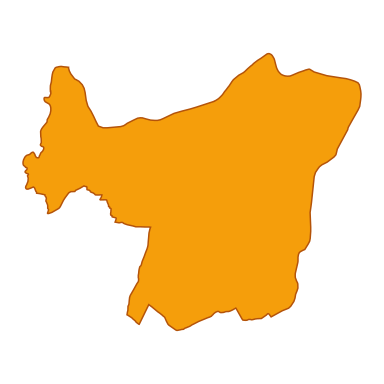 Flandes, Tolima, Colombia (Albers equal-area conic projection)
{"feature_id": "7082276B85738842293141", "entity_name": "Flandes", "entity_type": "district", "adm_level": 2, "iso_a3": "COL", "parent_name": "Colombia", "parent_adm1": "Tolima", "projection": "albers", "projection_center": [-74.854, 4.24], "detail": "fine", "context": "isolated", "style": "filled", "palette": "amber", "viewbox_px": 384, "rotation_deg": 0, "n_neighbors": 0, "source": "geoboundaries", "source_scale": "gbopen_adm2", "svg_char_len": 5798}
<svg xmlns="http://www.w3.org/2000/svg" viewBox="0 0 384 384"><path d="M308.7,69.2L305.3,70.1L304.2,70.6L298.8,72.4L292.5,75.1L290.2,76.0L287.7,76.2L285.6,76.0L284.3,75.7L282.9,75.2L281.2,74.4L280.1,73.4L278.6,71.7L278.0,70.8L277.1,69.0L276.5,67.6L275.5,63.9L274.5,59.9L274.0,58.5L272.5,56.0L271.8,55.1L271.1,54.5L270.3,54.1L269.5,53.7L269.0,53.6L268.7,53.6L267.9,53.7L267.1,53.9L261.1,58.2L257.6,60.4L253.7,63.4L251.9,65.2L250.9,65.9L247.7,68.7L244.7,71.6L243.3,72.7L238.8,75.2L234.2,79.0L233.3,79.8L231.8,81.8L229.2,85.8L228.3,86.9L226.2,89.7L224.6,91.6L223.4,93.4L222.4,94.8L220.5,96.8L218.6,98.6L216.8,99.8L215.5,100.6L214.3,101.1L214.3,101.3L196.5,107.1L190.2,109.0L182.0,111.1L174.0,113.4L162.9,118.7L160.3,119.8L157.4,120.4L154.7,120.4L150.6,120.1L145.9,118.9L142.5,117.9L140.3,117.8L137.6,118.2L133.6,120.1L127.2,123.3L125.6,124.5L123.7,125.7L120.7,126.6L107.3,127.8L103.1,127.8L98.4,126.1L96.1,121.7L93.5,116.1L91.0,111.2L87.9,106.3L86.2,100.4L85.1,92.5L84.1,88.3L82.3,84.8L79.0,81.3L76.0,79.6L74.7,79.0L73.0,76.8L70.8,73.9L69.3,70.9L68.5,67.9L68.6,67.3L66.3,67.0L64.5,66.9L61.1,66.4L58.7,66.7L57.6,67.0L56.2,67.3L55.1,68.0L54.9,68.4L52.9,72.0L52.3,74.4L51.8,77.7L51.4,81.5L51.2,82.3L51.3,82.4L50.8,84.0L50.4,85.7L50.3,88.9L50.4,91.3L50.7,91.2L50.8,92.6L50.8,93.6L50.4,94.7L49.8,96.1L49.3,96.9L48.9,97.3L48.5,97.5L47.4,97.6L45.5,97.5L44.7,97.5L44.3,97.8L44.1,98.1L44.1,99.2L44.3,100.2L44.5,100.7L45.3,101.8L49.0,103.9L49.9,105.0L50.4,106.1L50.8,108.0L50.8,110.7L50.2,113.7L48.7,117.1L47.3,119.5L47.2,119.9L47.1,121.4L47.0,121.8L46.7,122.5L43.0,126.9L41.8,128.6L41.1,129.9L40.7,131.1L40.6,131.6L40.8,136.6L41.1,138.2L41.2,139.2L41.3,142.4L41.1,143.0L40.4,144.7L40.4,145.0L40.6,145.3L41.1,145.9L41.6,146.3L42.8,146.6L43.5,147.2L43.7,147.5L43.7,149.0L43.0,150.5L42.4,151.4L40.9,152.8L40.5,153.5L40.2,154.4L40.0,154.9L39.5,155.6L39.1,157.0L38.8,157.5L38.4,157.8L37.4,157.8L36.5,157.5L36.1,157.1L35.2,155.6L34.9,154.5L34.2,153.3L33.5,152.5L33.2,152.2L32.7,152.2L32.1,152.4L30.9,153.2L29.7,154.4L26.8,155.3L26.1,155.8L25.4,156.5L24.7,157.4L24.3,158.3L23.6,159.7L23.1,161.6L23.0,162.9L23.1,164.0L23.3,164.8L23.6,165.4L25.2,166.7L25.6,167.2L25.6,167.4L26.4,167.5L26.7,167.7L27.1,168.1L27.1,168.6L26.9,169.6L26.3,170.1L25.2,171.3L25.1,172.1L26.2,173.2L28.2,173.9L28.4,174.6L27.5,175.8L27.7,176.6L28.2,177.9L28.0,181.3L26.6,184.9L25.8,186.3L25.6,187.6L26.0,188.6L26.8,189.1L28.1,189.1L31.3,187.9L32.8,187.2L33.4,187.0L34.3,187.6L34.8,188.5L35.8,191.2L36.5,192.0L36.6,193.2L40.1,193.7L44.9,194.8L44.9,195.4L45.2,196.0L45.6,196.8L46.1,197.2L46.2,197.6L46.3,198.3L46.3,199.0L46.0,200.1L45.9,201.1L46.4,202.0L47.6,205.0L47.7,206.1L47.7,208.3L48.5,209.4L48.4,210.4L47.8,212.4L47.5,213.1L47.6,213.4L48.0,213.6L49.3,213.3L51.9,212.4L58.0,208.9L58.9,208.3L59.7,207.5L60.6,206.0L62.0,203.2L63.5,200.2L65.2,197.6L68.7,192.9L70.7,191.7L74.8,191.5L75.7,190.3L79.9,188.3L84.0,185.9L85.3,186.5L86.5,186.6L86.8,186.9L86.9,187.5L87.0,188.1L86.9,189.2L87.1,189.7L87.4,189.8L88.8,190.1L89.6,190.4L90.0,190.8L90.3,191.6L90.6,191.9L91.4,192.3L93.1,192.9L94.4,193.8L95.3,194.8L95.6,194.9L97.4,195.0L99.2,195.0L100.8,194.8L101.9,194.9L101.8,195.5L101.1,197.6L100.1,199.3L100.0,199.6L100.2,199.8L100.5,199.9L105.0,199.8L106.5,199.9L106.7,200.1L107.4,202.5L107.9,203.5L108.4,204.8L108.6,205.8L108.6,206.5L109.4,206.7L109.6,207.0L109.6,207.8L109.7,208.0L110.4,208.2L111.1,208.9L111.0,209.5L110.9,211.7L110.6,213.6L110.7,215.0L111.7,215.5L112.1,215.8L112.1,216.1L112.0,216.6L112.2,216.9L115.7,217.8L116.1,218.1L116.2,218.9L115.1,222.1L118.9,222.8L119.5,222.8L121.2,222.4L122.0,222.4L122.5,222.5L122.9,222.7L123.6,223.3L124.4,223.7L127.2,224.7L133.1,226.0L135.8,226.8L140.5,226.8L145.5,227.0L148.9,227.0L150.6,227.2L149.9,229.1L149.0,233.0L148.6,237.8L148.3,241.1L148.0,245.3L147.6,247.0L147.0,249.0L145.5,252.8L144.2,256.5L142.2,261.4L141.3,264.8L140.8,265.8L140.0,266.5L139.7,267.0L139.0,270.0L138.6,273.7L138.3,275.3L138.3,277.8L138.6,278.8L138.5,280.9L138.2,281.8L136.9,283.7L133.7,289.5L130.3,295.4L129.6,297.4L129.2,301.1L129.0,303.5L128.8,304.6L128.0,306.3L127.9,310.3L127.4,312.2L127.0,314.8L127.8,315.2L131.7,317.7L133.1,319.1L135.4,321.0L135.6,321.6L136.9,322.8L138.8,324.2L139.2,324.3L148.8,304.6L151.9,306.9L157.9,311.9L159.8,313.2L162.4,315.3L163.2,316.1L164.5,317.1L164.8,317.5L166.4,321.2L167.6,323.5L167.9,324.1L168.8,325.1L175.8,330.0L176.8,330.4L177.3,330.4L180.8,329.7L181.8,329.4L182.7,329.4L183.3,329.3L183.6,329.2L185.1,328.1L186.7,327.6L187.4,327.2L188.6,326.8L190.5,325.9L191.7,325.0L194.1,323.8L198.8,321.4L207.5,317.8L209.8,317.0L211.4,316.2L212.1,315.4L213.1,314.5L213.7,313.7L215.5,312.3L217.0,311.6L218.0,311.4L218.6,311.5L219.5,312.0L220.0,312.4L220.7,312.6L221.6,312.6L223.6,312.4L225.9,311.6L228.8,311.5L230.5,310.9L232.6,309.9L235.8,308.1L236.2,308.6L242.1,319.1L242.9,320.1L244.9,320.3L246.0,320.3L247.0,320.2L248.5,319.5L250.1,319.4L250.7,319.6L251.7,319.8L252.9,319.6L255.1,319.0L257.3,318.7L261.4,318.5L266.3,315.1L267.6,313.8L267.9,313.7L268.2,313.7L268.7,313.9L269.1,314.2L271.1,316.9L282.4,310.7L288.6,308.2L290.7,306.3L293.9,301.4L295.0,298.1L295.6,294.4L297.0,290.9L297.9,288.1L297.8,283.9L297.3,282.3L296.8,281.6L295.3,277.6L295.2,275.0L295.3,273.3L297.8,262.6L298.0,261.1L298.0,257.1L298.5,254.4L299.2,252.8L300.3,251.7L302.9,250.3L304.8,249.5L308.2,244.0L309.7,241.1L310.2,238.4L310.7,231.4L310.7,227.1L310.1,212.5L311.0,206.2L311.5,202.3L314.2,176.6L315.5,172.4L318.1,168.5L319.5,166.7L321.9,164.8L327.2,162.1L334.0,157.0L335.9,154.8L336.6,152.1L337.3,149.0L347.7,129.7L347.9,128.7L348.0,128.1L348.4,127.1L351.9,120.8L358.1,109.9L359.7,106.4L360.1,103.5L360.6,100.0L360.9,97.1L361.0,94.0L360.7,90.9L359.9,86.9L359.3,84.7L358.0,82.8L354.7,81.2L350.6,79.8L346.0,78.6L340.9,77.9L326.8,75.7L314.2,72.0L309.6,69.2L308.7,69.2Z" fill="#f59e0b" stroke="#b45309" stroke-width="1.5"/></svg>